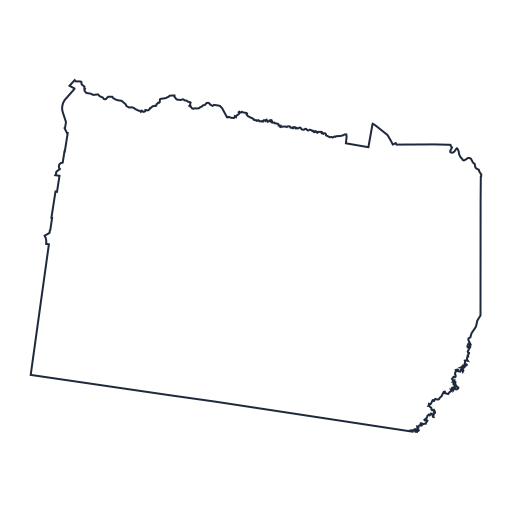 the district of Whitehorse, Victoria, Australia
{"feature_id": "25037944B93635537501367", "entity_name": "Whitehorse", "entity_type": "district", "adm_level": 2, "iso_a3": "AUS", "parent_name": "Australia", "parent_adm1": "Victoria", "projection": "orthographic", "projection_center": [145.175, -37.829], "detail": "fine", "context": "isolated", "style": "outline", "palette": "slate", "viewbox_px": 512, "rotation_deg": 0, "n_neighbors": 0, "source": "geoboundaries", "source_scale": "gbopen_adm2", "svg_char_len": 6025}
<svg xmlns="http://www.w3.org/2000/svg" viewBox="0 0 512 512"><path d="M30.7,374.9L168.9,395.1L215.0,401.6L413.4,431.8L411.4,430.4L413.0,430.2L414.0,430.5L414.5,429.3L415.1,429.1L416.4,429.6L415.6,430.9L415.5,431.7L417.0,431.9L417.4,430.4L418.4,430.8L418.8,430.4L417.4,428.1L417.2,426.6L418.4,427.0L418.3,426.2L419.2,425.6L419.9,425.3L421.1,425.7L421.6,425.5L422.0,424.5L420.6,423.9L420.8,423.3L422.1,423.5L422.7,424.4L424.2,423.8L425.8,423.7L426.1,422.4L427.2,421.2L427.4,420.6L426.6,420.0L424.7,420.3L424.4,419.8L426.8,417.8L427.4,415.9L428.7,414.6L429.0,414.6L429.7,415.3L430.7,414.1L430.8,413.6L431.2,413.6L432.1,414.2L433.0,416.9L433.6,417.0L433.3,415.8L433.9,414.4L433.8,412.1L434.1,412.0L435.0,412.4L435.0,411.9L433.9,409.8L432.1,410.2L431.4,409.4L431.5,408.4L431.2,407.7L430.4,407.2L429.2,405.9L428.4,405.9L428.8,405.1L429.0,403.8L430.2,404.2L430.8,403.9L432.7,400.1L433.4,400.1L433.8,401.0L434.0,401.0L435.2,398.9L437.1,399.5L438.6,399.4L439.0,399.1L439.8,397.8L441.6,396.1L443.6,392.0L444.8,391.6L445.0,392.0L444.7,393.1L448.1,394.0L449.7,392.0L451.3,391.0L451.4,390.5L451.0,389.7L452.5,390.1L451.8,388.2L452.1,387.7L453.5,387.4L453.5,389.9L454.9,387.8L455.4,389.1L456.4,389.4L457.5,389.0L458.3,388.2L458.3,387.5L456.9,386.9L456.4,385.7L454.9,386.5L454.8,386.1L455.5,385.3L453.6,384.5L453.4,383.9L453.7,383.6L455.3,383.4L455.4,381.8L454.9,381.5L454.2,381.8L452.8,381.8L454.0,380.2L452.8,380.1L452.0,378.9L453.6,376.8L454.9,377.3L455.6,376.7L455.6,375.1L455.0,374.4L455.2,372.5L456.0,371.4L455.7,370.0L457.7,369.5L458.1,369.8L458.0,370.1L457.0,370.6L457.0,371.0L460.2,371.6L460.9,369.9L461.5,369.7L462.0,370.0L462.8,371.8L463.4,370.6L462.4,368.1L460.5,367.6L461.6,367.1L462.9,365.6L463.2,365.9L463.1,367.7L463.7,367.8L464.6,367.0L464.2,366.0L466.0,365.6L466.7,365.1L466.8,364.8L466.2,364.2L464.6,364.1L465.1,361.9L464.8,360.6L465.8,360.4L467.8,360.8L467.0,359.6L467.1,357.8L467.4,357.1L468.1,356.7L468.2,356.2L467.6,355.7L469.1,353.2L469.0,352.8L468.1,352.6L467.7,351.4L470.3,346.9L470.2,346.3L469.9,346.1L469.6,347.3L468.8,346.9L468.3,347.4L467.8,347.4L467.6,347.2L467.4,346.0L468.4,343.8L470.4,345.0L470.7,344.7L468.4,340.1L468.3,339.1L468.5,338.4L470.4,337.3L471.2,334.2L471.9,332.7L475.5,327.4L476.2,325.7L477.3,320.6L480.5,315.4L480.6,200.8L480.8,176.8L481.1,176.6L481.3,174.5L480.8,174.2L480.3,172.9L479.3,171.6L478.8,169.7L476.6,168.7L475.7,167.8L475.1,166.5L474.8,164.1L473.0,162.6L470.9,158.7L469.5,158.0L468.2,157.9L464.4,160.3L463.3,160.3L462.6,159.8L462.1,158.8L460.7,157.4L459.3,154.8L458.5,150.8L457.3,148.5L456.9,148.3L456.4,148.7L454.5,151.4L453.3,152.4L452.0,152.7L450.6,152.4L450.2,151.7L450.3,150.8L452.0,147.4L451.3,146.8L450.4,144.8L434.5,144.4L396.4,144.6L395.7,143.1L392.8,144.5L390.8,140.6L387.5,135.0L375.8,125.7L372.8,123.7L372.5,124.1L368.4,147.2L345.9,143.3L346.6,136.6L346.3,134.4L344.5,134.5L343.4,135.2L340.5,136.0L336.3,136.2L335.5,136.8L334.6,136.5L332.7,137.5L331.6,137.0L329.8,137.2L326.0,135.3L325.9,134.2L324.9,133.2L323.6,133.3L323.3,133.7L322.9,133.3L322.1,133.5L321.4,132.8L321.4,132.4L321.9,132.2L321.7,131.9L317.9,131.9L317.5,132.2L317.6,132.6L317.3,132.8L316.3,131.5L315.1,131.1L314.4,131.4L315.0,132.0L314.2,132.2L313.3,131.6L312.9,130.7L312.1,130.9L311.5,130.3L309.9,129.7L308.1,130.5L306.8,129.7L306.2,128.9L305.3,128.8L304.0,129.7L302.6,129.7L301.5,129.2L300.8,128.0L299.7,127.5L297.7,128.5L296.3,127.8L295.8,128.5L295.4,128.3L295.4,127.8L294.8,127.1L293.2,127.1L292.9,127.4L293.0,128.2L292.7,128.3L291.6,127.7L290.4,127.6L290.0,126.6L289.0,126.3L287.6,126.4L286.7,127.1L285.5,126.5L281.6,126.7L280.6,127.1L280.2,126.9L280.5,125.7L278.6,125.6L278.6,124.5L278.0,123.8L274.9,123.3L274.5,122.6L272.2,122.7L271.5,122.2L271.8,121.7L271.4,121.4L271.9,121.0L271.7,120.4L270.9,120.0L270.0,120.3L270.3,120.9L268.6,121.5L267.7,120.9L267.8,121.4L267.5,121.6L266.5,119.7L265.7,120.1L265.4,120.8L264.9,120.3L263.8,120.2L263.3,120.9L263.3,121.5L262.3,121.6L261.9,121.1L259.8,121.4L258.4,120.2L257.9,120.4L257.9,120.7L256.7,120.8L256.6,120.3L254.7,120.1L254.2,119.6L253.7,119.7L253.2,118.8L251.8,118.0L250.4,117.5L247.9,116.1L246.6,114.6L247.1,113.6L246.5,113.0L243.0,112.4L241.9,111.8L240.8,112.6L239.9,112.3L239.4,111.7L238.8,112.0L238.7,112.5L239.2,113.2L238.5,114.3L236.4,115.7L236.0,117.1L234.8,116.3L234.7,117.2L233.9,118.0L231.2,117.8L228.9,116.9L228.3,116.9L228.0,117.4L227.0,117.3L222.2,108.3L220.1,106.1L218.8,105.6L214.0,104.9L212.5,105.9L210.2,104.6L209.8,104.2L209.8,103.8L208.9,103.1L208.0,102.8L206.6,103.0L204.8,105.0L202.9,105.4L202.0,106.4L200.0,107.3L199.1,108.2L196.6,108.5L194.4,108.3L193.3,108.8L192.0,108.3L191.0,106.9L190.6,106.8L190.6,106.3L189.4,105.8L190.2,104.9L190.3,103.3L190.6,102.6L190.4,102.3L188.0,101.7L186.6,100.6L185.0,100.5L183.1,99.3L180.4,100.0L177.1,99.6L176.1,98.9L174.1,96.1L174.5,96.0L174.5,95.5L174.0,95.4L169.6,95.7L168.7,96.7L165.4,98.2L160.4,98.9L159.9,99.5L159.7,102.3L159.0,102.8L158.1,102.7L157.6,103.5L156.5,104.2L156.2,105.7L155.4,106.0L154.6,105.8L152.6,106.3L151.0,107.8L150.1,108.0L149.8,109.0L148.3,110.2L147.5,110.4L145.4,110.0L145.2,111.2L143.8,111.9L143.1,111.7L141.9,110.7L140.9,111.9L140.1,110.9L139.5,110.7L138.9,110.8L137.4,110.1L135.1,109.0L134.1,108.1L132.1,107.3L129.2,107.5L127.0,106.4L126.2,105.7L125.8,104.4L121.6,100.8L117.9,100.3L115.4,99.4L113.3,98.2L112.3,96.8L108.4,96.7L107.2,97.6L106.3,98.8L104.9,99.3L103.9,99.0L102.7,97.5L99.7,96.2L98.0,94.4L93.2,94.9L90.5,93.6L86.4,93.0L84.8,91.2L84.5,90.3L84.4,89.6L85.0,88.9L84.3,88.3L84.5,86.7L81.7,84.4L81.4,83.1L81.5,82.3L81.2,81.7L79.9,81.4L75.8,81.4L74.7,80.1L69.5,85.8L74.4,88.4L74.5,88.9L64.6,100.1L63.0,103.2L62.3,106.1L62.1,108.5L62.5,111.4L66.0,122.1L65.0,128.0L64.6,128.2L67.1,133.3L67.7,133.2L64.8,151.4L64.5,151.3L62.7,162.6L60.7,163.1L59.4,164.4L58.9,165.7L58.9,166.8L59.1,167.9L59.9,169.0L56.6,171.5L56.2,172.2L56.0,173.8L55.3,175.2L59.5,175.8L57.0,191.8L55.5,191.5L51.4,217.8L52.1,217.9L50.3,229.9L49.9,230.3L49.5,232.9L44.6,235.7L45.6,237.7L46.1,239.7L46.3,241.8L46.1,243.9L48.9,244.3L30.7,374.9Z" fill="none" stroke="#1e293b" stroke-width="2"/></svg>